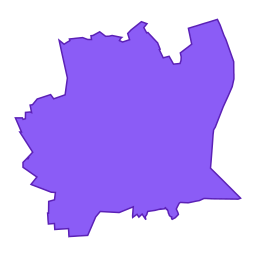 Aramberri, Nuevo León, Mexico
{"feature_id": "50627088B96452215703720", "entity_name": "Aramberri", "entity_type": "district", "adm_level": 2, "iso_a3": "MEX", "parent_name": "Mexico", "parent_adm1": "Nuevo León", "projection": "orthographic", "projection_center": [-99.903, 24.223], "detail": "fine", "context": "isolated", "style": "filled", "palette": "violet", "viewbox_px": 256, "rotation_deg": 0, "n_neighbors": 0, "source": "geoboundaries", "source_scale": "gbopen_adm2", "svg_char_len": 2669}
<svg xmlns="http://www.w3.org/2000/svg" viewBox="0 0 256 256"><path d="M141.4,21.7L131.0,30.0L127.7,33.5L129.6,39.7L122.6,42.0L119.4,40.6L119.9,39.7L120.4,38.7L120.7,38.5L120.9,38.3L120.9,37.9L121.3,37.7L121.7,37.4L120.5,37.2L120.0,37.1L112.1,35.5L109.1,36.2L105.6,36.3L99.7,31.8L94.0,34.9L93.5,35.2L93.4,35.2L92.9,35.5L92.0,35.6L91.0,35.7L91.1,36.4L91.2,37.5L91.5,39.5L88.8,39.5L87.4,39.4L87.2,39.3L82.6,37.6L74.8,38.4L74.0,38.5L73.3,38.6L72.2,38.7L71.2,38.8L69.4,39.0L69.9,40.6L67.7,41.9L67.6,42.0L67.2,42.2L64.1,44.2L59.1,40.2L61.1,49.5L67.4,78.0L65.1,94.8L59.8,96.7L53.7,98.8L50.6,94.6L40.9,97.8L37.2,99.0L35.8,100.7L32.5,104.7L30.1,105.1L31.6,112.6L30.0,112.0L25.5,112.4L25.4,118.7L23.1,119.4L22.4,117.9L15.4,117.9L21.5,132.0L19.8,132.0L32.7,152.2L31.7,153.2L31.1,153.9L30.5,154.6L30.2,154.9L28.1,157.1L28.7,157.5L28.3,158.2L27.9,158.8L27.2,158.1L23.0,162.4L23.0,166.1L23.0,167.3L35.0,175.7L36.9,177.0L31.0,184.4L32.1,184.9L51.2,192.2L55.4,192.5L54.5,199.8L48.7,201.4L48.6,208.5L48.5,213.2L47.6,213.1L47.9,217.1L48.0,219.5L48.4,224.0L54.4,223.5L54.8,229.5L62.0,229.0L67.2,228.7L68.5,228.6L68.8,233.1L68.8,234.3L69.0,236.6L69.4,236.5L73.1,236.3L78.9,235.9L82.5,235.7L84.4,235.6L87.7,235.4L92.3,224.8L92.5,224.3L95.7,216.9L100.2,211.5L113.2,212.2L118.4,212.5L118.7,212.5L119.3,212.5L131.3,207.6L131.6,207.5L132.1,207.3L133.3,206.8L133.0,210.3L133.0,210.7L132.6,215.6L132.7,217.4L137.0,214.3L138.1,215.9L138.9,217.1L142.1,214.1L145.9,219.7L145.2,216.8L146.8,214.5L147.1,213.2L147.8,211.4L154.9,210.4L159.3,209.3L160.1,209.1L160.0,209.3L164.5,208.8L165.3,207.7L165.8,208.1L166.4,209.5L167.3,209.5L168.0,211.1L168.1,211.8L168.5,213.4L168.9,214.1L169.4,215.5L170.7,216.7L171.7,216.9L171.6,218.7L172.2,219.3L175.3,217.7L178.4,214.5L178.1,213.2L177.6,211.9L176.7,210.0L176.3,209.0L177.4,206.7L178.6,204.3L179.4,203.0L180.5,202.4L183.6,202.6L188.3,202.8L192.1,202.0L196.3,201.1L199.3,200.6L203.9,198.5L206.1,198.5L208.1,198.6L212.3,198.8L237.2,199.1L237.9,199.2L240.4,198.3L240.6,198.2L231.3,188.9L219.8,177.4L210.5,168.2L211.1,161.0L212.1,148.0L212.4,144.2L213.1,134.1L213.4,132.0L213.6,129.9L215.3,127.1L223.2,106.8L228.5,95.2L232.2,86.7L233.9,79.0L233.9,74.2L233.8,73.1L233.7,61.7L226.1,40.1L225.5,38.7L224.1,35.8L224.1,35.7L223.9,35.3L220.1,25.0L217.4,19.4L209.7,21.8L207.0,22.6L206.7,22.7L203.6,23.6L195.7,26.1L193.9,26.6L188.4,28.3L191.7,44.2L180.3,52.9L181.2,56.9L181.0,60.5L180.0,63.5L173.5,64.1L169.1,56.3L163.2,57.8L163.1,57.6L160.7,52.6L159.3,49.6L160.1,49.2L157.5,42.6L156.7,42.0L156.5,41.7L153.6,38.6L153.1,38.1L152.8,37.7L150.3,35.1L150.0,34.8L147.9,32.5L146.7,32.9L143.8,27.6L147.0,23.7L141.4,21.7Z" fill="#8b5cf6" stroke="#5b21b6" stroke-width="1.5"/></svg>